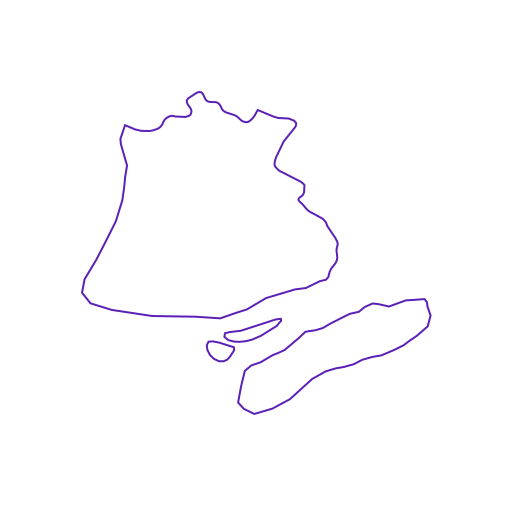 map outline of Shanghai (Equal Earth projection), rotated 124°
{"feature_id": "CHN-1819", "entity_name": "Shanghai", "entity_type": "Municipality", "adm_level": 1, "iso_a3": "CHN", "parent_name": "China", "parent_adm1": "", "projection": "equal_earth", "projection_center": [121.333, 31.266], "detail": "fine", "context": "isolated", "style": "outline", "palette": "violet", "viewbox_px": 512, "rotation_deg": 124, "n_neighbors": 0, "source": "natural_earth", "source_scale": "10m", "svg_char_len": 2714}
<svg xmlns="http://www.w3.org/2000/svg" viewBox="0 0 512 512"><g transform="rotate(124 256 256)"><path d="M236.5,184.7L241.2,189.0L254.7,196.8L261.9,205.0L285.2,224.1L305.4,233.7L314.5,240.9L327.7,250.8L340.1,272.1L363.8,308.5L381.4,345.5L387.8,366.8L383.7,379.7L371.2,385.1L348.2,386.3L329.7,388.5L305.5,391.6L284.5,398.0L272.4,403.9L264.0,408.5L253.1,413.5L238.8,430.6L234.7,433.9L220.8,437.7L218.6,426.8L216.3,420.9L212.6,415.2L211.4,413.6L209.3,411.5L205.5,408.7L204.0,408.0L202.4,407.5L200.7,407.3L199.0,407.3L196.1,407.9L194.1,407.9L192.0,407.5L188.8,406.0L187.2,404.6L186.3,403.0L185.3,400.6L180.2,392.3L177.8,390.3L175.7,389.3L174.2,389.6L172.8,390.1L171.6,390.8L170.7,392.0L169.9,393.5L168.7,396.9L167.9,398.3L167.0,399.5L165.8,400.3L164.4,400.5L162.8,400.2L153.7,396.4L151.8,394.8L150.9,393.1L151.2,391.4L151.8,389.9L154.3,385.6L154.8,383.9L154.7,382.0L154.0,380.2L150.9,375.3L150.5,374.0L150.5,372.4L150.8,370.7L151.5,369.3L153.1,366.5L153.7,365.0L153.9,363.2L153.8,361.5L151.1,352.1L151.0,350.3L151.1,348.4L151.8,344.5L151.8,342.3L150.9,339.5L149.7,337.9L148.2,336.9L144.7,336.0L141.2,335.6L134.0,336.2L130.8,320.2L129.2,314.8L123.8,305.9L122.5,300.1L122.9,298.6L123.5,296.9L124.7,296.2L126.1,295.7L127.8,295.6L145.6,297.1L163.8,294.4L167.9,292.9L170.5,291.3L171.2,289.7L171.7,287.9L172.1,286.0L172.3,284.1L169.5,261.3L169.4,259.4L169.6,257.5L170.1,255.5L176.2,251.8L177.7,251.5L179.2,251.3L180.7,251.6L182.7,252.4L183.9,252.7L185.6,252.3L186.2,251.2L186.5,250.3L187.0,246.8L187.4,245.1L188.2,242.6L189.0,239.5L189.2,237.4L189.2,235.8L188.8,232.2L187.8,221.5L188.8,217.2L191.4,213.4L196.7,200.3L198.4,197.2L199.9,195.3L201.2,194.6L205.3,193.0L206.6,192.2L211.6,187.9L212.3,187.5L214.6,186.5L217.7,186.1L224.8,186.6L228.2,186.0L232.8,184.3L236.5,184.7ZM355.7,147.8L373.4,157.1L387.9,169.1L389.5,180.6L387.5,188.9L372.1,195.6L357.5,201.0L349.4,198.7L341.4,192.7L328.8,186.7L324.0,183.4L317.9,179.7L301.4,175.0L291.1,172.6L284.0,164.9L278.3,160.3L270.5,156.6L251.6,146.0L244.7,139.5L237.4,137.3L230.2,132.8L227.5,127.8L223.5,117.5L208.9,106.9L204.4,100.9L200.0,95.4L197.5,92.2L198.7,88.5L202.0,85.6L207.7,78.0L218.3,74.3L232.1,78.0L241.5,81.7L247.2,83.6L256.1,88.6L268.3,96.5L274.4,102.9L282.5,109.8L291.0,114.4L299.1,121.3L303.9,126.4L307.6,129.6L312.8,133.8L326.6,140.7L355.7,147.8ZM336.4,221.7L339.2,226.3L341.2,231.8L340.7,237.0L337.4,238.5L333.9,235.4L326.5,226.8L297.6,204.2L294.2,200.3L295.8,198.9L298.5,199.4L302.2,199.6L319.6,207.4L327.7,212.6L332.5,217.0L336.4,221.7ZM354.3,221.3L358.1,221.9L361.5,224.1L363.9,227.8L364.8,233.4L363.8,238.8L361.1,243.7L357.5,246.9L353.6,247.4L351.0,244.2L348.5,238.4L344.0,223.3L346.4,221.4L354.3,221.3Z" fill="none" stroke="#5b21b6" stroke-width="2"/></g></svg>